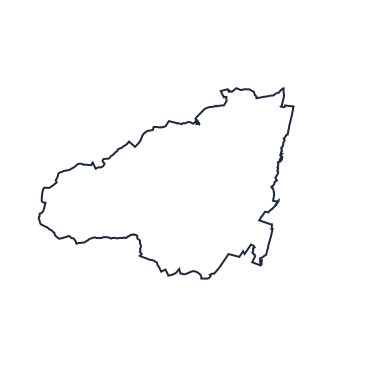 outline of Ulmeni, Maramures, Romania, rotated 140°
{"feature_id": "2599482B24457515163522", "entity_name": "Ulmeni", "entity_type": "district", "adm_level": 2, "iso_a3": "ROU", "parent_name": "Romania", "parent_adm1": "Maramures", "projection": "natural_earth1", "projection_center": [23.289, 47.463], "detail": "fine", "context": "isolated", "style": "outline", "palette": "slate", "viewbox_px": 384, "rotation_deg": 140, "n_neighbors": 0, "source": "geoboundaries", "source_scale": "gbopen_adm2", "svg_char_len": 6018}
<svg xmlns="http://www.w3.org/2000/svg" viewBox="0 0 384 384"><g transform="rotate(140 192 192)"><path d="M310.2,284.8L313.0,281.6L312.9,280.5L312.5,279.3L311.1,278.0L316.5,274.0L318.5,272.9L321.0,272.6L322.3,273.3L323.0,273.1L324.2,271.5L325.3,271.2L326.6,270.0L326.9,268.7L328.4,265.5L328.5,264.6L328.2,263.4L326.7,260.2L326.4,259.2L325.5,257.8L325.4,255.8L324.1,252.5L324.2,251.0L323.7,249.5L323.7,248.9L324.4,248.0L324.8,245.9L324.2,243.3L324.2,242.3L323.7,241.6L323.1,241.2L320.7,239.9L319.4,239.5L317.3,238.4L315.1,237.8L314.2,236.8L314.0,236.3L314.3,235.3L314.0,234.3L313.6,233.7L312.6,232.8L312.5,232.4L312.7,229.6L313.0,228.4L313.7,227.3L313.8,226.9L313.6,226.6L311.1,225.5L310.1,224.6L308.0,223.4L307.0,222.5L304.5,222.3L303.2,221.9L300.8,222.0L296.0,220.0L295.4,219.3L294.8,218.2L292.8,216.6L292.4,216.0L291.8,215.6L291.4,215.6L290.3,214.7L288.9,214.3L287.9,213.4L287.1,213.1L286.7,212.4L286.1,212.0L286.0,211.7L284.5,209.9L284.1,208.8L283.6,208.1L282.7,208.1L281.5,207.0L280.8,206.8L279.8,205.5L279.7,205.2L278.8,204.3L276.7,203.2L276.0,202.4L275.3,202.1L274.6,201.2L273.9,201.1L273.7,200.8L272.9,200.4L272.5,199.4L271.2,199.0L270.1,199.2L269.6,198.9L269.2,199.0L269.1,198.8L268.4,198.7L266.4,198.6L265.7,198.0L265.5,197.6L264.0,197.2L263.6,196.8L263.5,195.9L263.3,195.6L262.8,195.4L262.3,194.4L262.1,193.8L262.6,192.9L263.4,192.3L263.6,191.9L263.7,190.9L263.4,190.3L263.1,188.7L263.2,188.0L264.3,186.8L264.9,185.9L265.8,183.2L268.2,181.9L268.1,181.6L268.2,181.4L268.8,181.0L269.2,180.3L270.4,179.6L270.3,179.4L270.4,176.8L273.1,176.7L272.9,176.0L267.5,166.7L266.2,165.4L265.5,164.3L264.8,161.9L264.3,160.9L264.6,159.5L265.3,158.4L265.4,156.4L266.8,150.8L262.2,149.6L263.7,143.4L263.9,143.1L260.3,141.3L258.3,140.7L256.5,140.4L255.3,140.4L251.3,141.2L253.2,137.0L252.7,136.8L251.8,135.0L250.3,133.6L249.2,133.1L243.1,131.2L241.5,130.3L239.7,127.6L238.8,124.1L238.8,122.4L239.1,121.5L240.5,119.8L236.2,116.0L235.3,115.5L233.9,115.2L231.6,115.7L231.6,117.0L230.6,116.9L229.1,116.5L228.3,116.0L227.7,115.2L219.9,116.4L203.9,121.0L197.5,111.9L191.0,113.7L191.5,110.7L180.6,113.8L179.3,111.0L179.7,110.5L179.6,109.4L180.3,109.4L181.0,109.6L181.5,109.5L181.9,109.1L182.1,108.3L184.7,106.7L184.7,106.3L184.3,105.6L184.8,104.7L184.3,103.7L184.4,103.4L185.0,102.6L184.9,102.2L191.0,99.5L186.8,91.8L186.4,92.1L185.4,91.8L184.8,92.2L184.6,92.6L185.3,93.3L185.4,93.7L185.3,93.8L183.9,93.7L183.5,93.8L183.5,94.1L184.4,94.5L184.6,94.8L184.5,95.1L184.2,95.1L182.7,94.5L182.3,94.7L183.2,96.2L183.1,96.7L182.6,97.5L180.2,96.7L176.8,96.5L175.9,96.2L174.7,96.9L168.9,101.0L168.3,101.7L160.0,107.3L154.1,111.8L154.9,112.7L153.7,113.4L151.6,115.9L152.5,116.7L158.7,127.0L154.7,128.5L154.3,128.5L154.1,128.4L148.8,129.9L148.3,129.6L146.9,127.6L146.3,127.5L142.3,127.7L141.8,127.5L135.8,128.0L135.9,128.6L132.0,129.1L131.1,129.9L132.5,129.9L133.1,130.0L133.3,130.5L133.8,130.9L135.5,133.2L131.4,136.6L130.0,138.2L129.5,139.3L129.1,139.5L127.5,143.5L127.7,143.8L127.6,144.1L128.1,144.2L127.8,144.9L127.4,144.8L127.3,144.6L124.0,145.1L123.5,145.7L122.7,146.0L122.0,146.6L119.6,146.2L119.0,149.3L114.8,150.7L113.4,151.5L113.0,152.1L113.1,153.4L111.7,154.0L110.6,154.9L110.8,155.8L109.8,156.3L108.1,157.7L107.5,159.2L106.9,159.5L106.7,159.0L106.2,159.2L104.9,158.7L104.5,159.9L103.9,160.2L103.4,158.9L103.0,158.8L102.3,159.2L102.9,159.9L102.7,160.8L102.4,160.8L101.2,160.0L100.9,160.2L101.6,161.1L101.3,161.4L100.3,161.5L100.3,161.8L100.7,162.0L100.9,162.6L101.0,162.9L100.8,163.5L100.3,163.8L98.6,163.5L99.1,164.3L98.8,164.9L98.4,165.2L97.0,165.3L96.6,166.5L95.6,167.0L95.5,168.2L95.3,168.5L93.2,168.6L91.1,170.2L90.1,171.3L88.0,171.9L87.7,172.5L87.6,173.8L85.9,174.1L82.7,175.1L81.8,174.5L80.0,175.9L79.3,176.7L77.0,178.3L76.6,178.8L76.0,179.1L75.2,180.0L65.9,186.8L61.4,190.5L60.4,191.5L59.5,192.0L59.9,192.5L59.6,192.7L63.2,196.4L65.0,198.5L66.2,197.7L66.6,197.6L69.1,200.2L69.1,200.4L68.3,200.3L67.9,200.4L61.7,204.9L61.0,205.3L59.0,207.4L57.0,210.6L55.5,212.1L55.8,212.2L55.7,212.8L58.2,213.0L61.6,212.3L62.1,212.7L65.0,213.6L67.3,213.5L70.9,215.9L74.2,217.6L75.0,218.3L82.3,222.3L82.4,222.5L81.5,223.2L81.3,223.6L81.5,226.1L81.0,227.0L80.3,229.2L81.6,232.2L82.0,233.7L83.8,235.2L85.3,236.7L88.4,238.3L89.2,239.0L91.3,243.0L97.1,243.1L97.7,244.1L98.1,245.4L99.2,244.9L99.4,245.1L99.1,246.2L98.7,246.9L98.6,247.8L104.8,250.8L105.1,250.9L106.7,244.1L105.6,243.8L104.6,242.8L105.6,242.1L105.7,241.4L107.0,239.5L112.0,237.8L114.0,239.5L118.4,242.1L118.3,242.7L120.9,243.6L124.0,245.8L125.7,246.5L127.6,247.2L129.6,247.5L130.3,247.5L131.4,247.1L132.5,247.1L140.4,246.4L142.1,245.9L142.8,244.6L142.0,244.1L142.0,242.5L142.4,241.4L142.2,240.5L142.9,239.1L143.1,239.1L143.4,240.0L144.8,241.1L144.1,241.6L143.9,242.4L144.0,243.7L145.2,243.4L146.8,243.7L147.2,243.6L148.7,247.0L149.5,247.7L151.2,248.6L153.1,249.0L153.9,249.6L154.6,250.5L156.6,250.7L157.2,252.1L158.7,253.9L159.3,254.0L159.3,254.5L164.1,261.1L166.7,260.4L169.9,259.3L171.0,259.6L171.2,259.9L171.9,260.2L172.7,260.3L173.2,260.9L174.0,261.1L174.6,261.9L175.5,262.5L178.3,265.5L179.6,266.4L180.7,265.8L181.5,264.9L181.9,264.7L183.6,265.5L187.1,267.5L191.2,267.7L194.3,266.9L195.2,266.1L196.4,265.7L198.4,264.5L201.6,263.7L206.6,263.2L207.9,271.1L210.8,270.6L212.4,270.5L214.5,271.0L216.2,271.0L217.9,271.2L220.8,272.2L221.5,272.2L222.9,271.5L223.9,271.4L225.2,271.7L229.0,271.2L231.1,271.6L232.9,271.1L234.2,271.1L234.9,271.4L236.5,272.8L238.7,274.1L239.3,274.0L240.2,273.6L240.9,272.4L240.9,272.0L240.6,270.6L240.9,269.8L241.8,269.4L244.0,268.9L246.3,269.6L247.7,271.0L249.0,271.4L250.8,271.7L249.1,278.3L250.3,278.2L251.6,277.3L252.4,277.7L254.4,279.7L255.2,280.7L257.3,282.3L257.8,283.0L257.8,283.6L259.7,285.8L260.5,286.3L261.5,286.8L264.3,286.8L265.9,286.6L269.9,287.5L271.2,287.5L276.9,290.6L278.3,290.9L281.7,292.2L282.7,291.9L285.2,290.0L288.6,288.6L289.0,288.3L289.4,286.5L289.6,286.3L295.2,286.5L298.6,286.9L299.5,287.4L301.6,289.7L302.3,290.2L302.8,290.3L305.0,289.3L308.2,286.7L309.7,285.0L310.2,284.8Z" fill="none" stroke="#1e293b" stroke-width="2"/></g></svg>